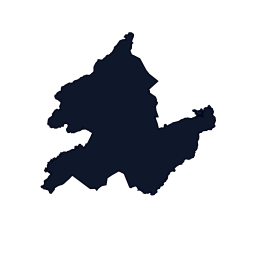 Asūnes pag., Dagdas, Latvia (Albers equal-area conic projection), rotated 112°
{"feature_id": "27541924B76064426584582", "entity_name": "Asūnes pag.", "entity_type": "district", "adm_level": 2, "iso_a3": "LVA", "parent_name": "Latvia", "parent_adm1": "Dagdas", "projection": "albers", "projection_center": [27.598, 56.039], "detail": "fine", "context": "isolated", "style": "filled", "palette": "ink", "viewbox_px": 256, "rotation_deg": 112, "n_neighbors": 0, "source": "geoboundaries", "source_scale": "gbopen_adm2", "svg_char_len": 5809}
<svg xmlns="http://www.w3.org/2000/svg" viewBox="0 0 256 256"><g transform="rotate(112 128 128)"><path d="M198.1,140.3L196.0,135.8L197.1,133.8L194.9,133.2L192.0,131.5L190.8,130.5L188.8,127.3L182.1,128.9L177.3,125.6L170.7,120.4L171.1,120.1L171.1,118.0L171.5,114.3L181.9,104.3L182.2,103.6L181.9,102.7L181.0,102.6L180.5,101.5L178.9,99.9L178.6,99.0L178.7,97.9L180.2,96.0L180.3,94.6L181.4,95.1L180.8,93.4L181.3,91.4L181.1,90.3L182.1,89.7L182.3,88.7L182.0,87.5L181.0,86.3L180.9,85.2L178.8,83.3L179.3,82.8L179.2,82.2L180.8,81.8L181.0,81.2L180.5,80.0L179.6,78.9L178.2,78.5L176.8,77.4L176.0,77.6L175.6,78.2L174.1,78.4L172.8,77.6L172.1,76.4L170.1,76.5L168.8,75.8L168.9,75.3L168.5,74.8L167.6,74.7L167.2,74.2L166.3,74.7L165.1,74.9L163.2,73.4L162.7,73.8L162.0,73.3L161.0,73.7L161.0,73.0L160.3,72.8L156.8,73.6L155.3,72.8L152.7,72.7L151.3,71.3L150.8,70.0L150.8,69.1L150.2,68.7L149.6,68.7L149.2,69.7L148.1,70.3L145.7,69.3L142.5,67.1L141.2,64.8L140.1,64.9L138.4,64.0L136.7,64.2L135.0,63.4L134.6,62.7L134.2,60.5L133.8,60.2L134.0,59.9L133.4,59.1L131.8,58.1L130.7,56.6L128.5,56.4L126.9,57.2L125.6,56.9L124.5,57.8L122.6,56.7L120.9,56.5L119.3,57.1L117.9,57.1L114.5,59.0L111.7,58.6L108.9,59.5L107.9,60.6L106.8,60.3L105.6,60.4L105.1,59.9L104.5,58.6L103.0,58.0L101.9,57.0L100.7,54.3L98.9,53.2L98.9,52.2L98.5,51.6L98.4,50.7L98.2,50.3L96.4,50.1L94.7,48.6L93.7,48.3L93.4,48.4L93.0,49.3L92.0,49.9L90.0,49.8L89.7,50.4L88.6,49.8L86.1,51.2L85.6,51.7L85.6,52.1L85.3,52.5L85.0,53.6L83.6,55.2L82.1,54.8L80.5,55.3L79.9,56.4L78.8,56.9L78.5,57.9L79.3,59.8L77.8,59.4L76.9,61.2L77.6,61.6L78.9,61.5L79.8,62.1L80.0,62.3L80.1,63.4L81.3,64.4L85.1,64.0L85.5,64.6L85.4,65.0L83.3,66.2L83.1,67.2L85.1,67.5L85.4,68.4L86.3,69.8L86.5,70.6L86.2,72.9L87.4,74.4L87.7,74.2L87.9,73.4L87.7,72.4L88.9,69.7L89.1,69.6L89.5,70.2L89.8,68.8L90.4,68.9L90.6,68.7L89.5,67.2L89.6,66.2L89.2,66.0L89.1,65.6L87.8,64.8L86.6,64.6L87.0,64.3L88.9,64.1L89.1,63.7L89.1,62.7L89.8,63.4L89.8,63.8L89.4,64.0L89.8,65.5L90.4,66.3L91.1,67.7L92.7,69.8L93.1,69.9L93.5,69.0L94.0,69.5L94.1,69.8L93.8,70.4L94.2,71.4L95.4,71.8L96.2,74.2L96.6,76.6L97.6,77.6L97.5,78.2L97.8,78.7L99.5,80.1L100.4,81.4L103.0,83.2L106.8,88.4L107.8,88.9L110.4,91.3L111.6,91.8L111.6,93.2L110.7,94.2L111.1,95.0L112.0,95.1L113.8,94.4L114.5,94.7L115.2,95.5L115.5,96.9L116.7,98.3L117.3,98.4L117.8,99.0L117.8,99.4L112.5,103.2L109.4,106.1L107.5,107.3L106.3,104.6L101.7,108.6L97.9,110.9L97.5,110.6L96.3,110.8L95.3,110.3L93.6,110.3L92.6,112.2L91.3,112.3L89.2,114.3L87.6,121.5L85.9,122.0L84.6,123.6L73.5,118.2L70.5,128.5L69.2,130.8L68.0,133.0L59.6,143.1L59.0,150.0L59.0,152.1L58.8,152.4L55.5,155.6L53.0,154.9L48.5,156.4L47.5,155.7L46.9,157.1L45.2,157.5L40.9,157.5L39.3,158.2L38.7,160.7L39.5,162.5L41.5,162.5L42.8,164.9L44.8,165.3L44.9,164.5L45.6,163.2L46.8,162.9L47.9,164.8L48.2,165.7L50.4,168.0L55.3,169.1L58.2,170.6L59.7,170.2L62.1,170.5L64.1,170.9L65.2,171.7L66.3,171.9L67.8,172.9L68.5,174.3L69.4,174.9L71.1,175.1L72.3,176.0L74.7,177.0L75.3,178.1L75.5,179.4L76.0,181.1L77.6,181.0L80.3,181.9L84.1,182.2L88.3,180.5L89.6,180.8L91.1,181.8L92.1,182.0L93.9,183.4L94.8,186.4L95.5,186.8L96.4,188.3L97.8,188.8L99.1,190.5L100.6,191.1L102.7,192.7L104.5,195.1L105.7,195.7L106.0,195.0L106.7,195.2L107.4,196.7L108.2,197.4L108.4,199.1L112.0,202.1L113.4,202.7L114.6,204.4L115.8,204.5L118.9,203.5L119.4,204.0L119.8,204.9L121.8,206.4L122.5,206.7L123.7,206.6L125.0,207.6L125.8,207.7L127.3,206.4L127.7,205.6L127.7,203.5L128.6,200.6L129.1,199.5L131.1,199.1L133.5,199.3L134.7,198.1L135.7,197.9L137.4,198.8L137.6,199.4L137.4,200.8L138.7,201.7L138.8,202.0L140.4,202.5L140.9,202.3L141.6,202.7L143.3,203.1L143.6,202.4L144.5,202.5L145.0,202.1L148.5,204.5L149.8,204.8L154.3,203.7L154.6,203.3L154.7,201.2L156.0,200.6L156.1,200.3L156.0,199.6L156.2,199.1L155.0,197.5L155.4,196.0L154.5,194.0L152.6,192.6L152.6,191.2L150.8,190.5L150.6,189.0L148.0,189.2L147.7,189.0L147.2,187.9L146.7,187.7L146.8,187.2L146.5,186.1L147.4,184.2L149.6,183.9L150.9,184.0L151.9,184.4L153.2,183.7L154.3,182.3L154.4,181.7L153.9,180.7L152.7,180.4L152.6,180.0L152.8,179.1L153.3,178.8L152.8,177.7L152.6,176.6L149.3,173.4L148.4,171.8L147.2,170.9L146.4,170.7L146.2,170.1L144.9,169.8L145.6,169.1L144.5,166.7L144.8,164.4L144.3,163.8L144.7,163.4L145.2,161.8L145.3,160.2L145.5,159.4L146.6,158.7L147.2,158.5L148.1,159.0L148.9,158.8L158.1,159.5L158.6,160.7L160.1,160.6L162.6,161.3L162.9,161.7L163.0,162.6L162.0,163.5L162.1,164.6L161.2,165.9L161.5,166.7L162.9,167.2L165.1,167.0L164.6,167.8L164.4,168.9L165.0,169.9L165.9,169.7L165.7,169.0L166.2,168.8L168.2,169.7L168.6,170.1L168.6,170.8L169.0,171.6L171.6,173.7L172.5,175.0L173.6,175.5L174.4,178.3L176.2,179.9L176.2,180.6L177.3,180.2L177.5,180.3L177.4,180.9L177.6,181.0L178.0,180.5L179.0,180.4L179.0,180.6L178.6,180.9L178.7,181.2L179.6,180.7L180.6,182.3L180.9,182.3L181.3,181.7L181.5,181.7L181.4,182.3L181.6,182.5L182.3,182.5L183.2,183.2L184.1,183.0L184.3,183.4L183.5,184.4L183.5,184.9L184.3,185.0L184.3,185.4L184.6,185.8L186.1,185.4L186.8,185.7L186.9,186.0L186.3,186.5L186.2,187.1L187.6,186.6L187.8,186.8L187.7,187.5L189.0,187.7L190.1,189.0L190.3,188.9L190.6,188.2L191.4,188.1L191.6,188.5L192.5,188.6L195.2,187.5L196.6,187.6L196.6,188.0L196.0,188.7L196.0,189.1L198.6,189.2L199.0,188.5L198.9,188.0L199.2,187.7L198.1,187.1L198.0,186.3L198.5,185.5L198.5,185.0L198.0,184.8L198.0,184.4L198.3,184.3L198.1,184.0L198.4,183.9L198.5,183.5L198.8,183.7L198.9,183.4L198.8,182.7L199.0,182.4L198.9,182.0L199.0,181.8L199.8,182.1L200.4,181.9L200.8,182.3L203.4,183.2L204.6,183.0L208.3,185.5L209.0,185.3L210.9,184.3L211.9,184.3L213.7,184.9L213.9,185.2L213.9,185.9L214.4,186.3L214.7,186.4L215.4,185.7L215.2,183.6L215.8,183.0L215.3,182.2L215.3,180.6L215.0,179.3L215.2,178.4L215.0,178.2L217.3,176.0L217.2,174.9L212.5,173.5L211.2,174.2L207.0,171.0L204.9,168.2L203.4,167.1L196.4,163.7L192.3,162.2L198.1,140.3Z" fill="#0f172a" stroke="#020617" stroke-width="1.5"/></g></svg>